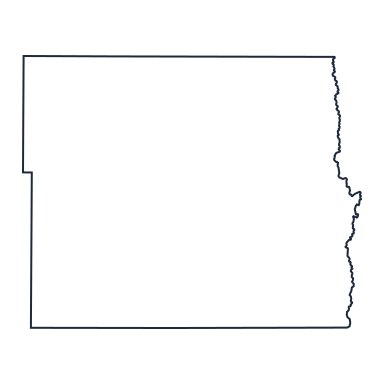 Cass, North Dakota, United States of America (Robinson projection)
{"feature_id": "52423323B23065259017698", "entity_name": "Cass", "entity_type": "district", "adm_level": 2, "iso_a3": "USA", "parent_name": "United States of America", "parent_adm1": "North Dakota", "projection": "robinson", "projection_center": [-96.825, 46.935], "detail": "fine", "context": "isolated", "style": "outline", "palette": "slate", "viewbox_px": 384, "rotation_deg": 0, "n_neighbors": 0, "source": "geoboundaries", "source_scale": "gbopen_adm2", "svg_char_len": 3767}
<svg xmlns="http://www.w3.org/2000/svg" viewBox="0 0 384 384"><path d="M30.9,327.8L166.0,328.0L174.7,328.0L256.2,327.8L263.3,327.8L347.1,327.6L349.6,326.3L349.8,324.7L350.2,323.7L350.2,322.5L349.8,319.2L347.6,317.3L346.8,315.2L347.0,312.0L348.6,310.3L349.1,308.9L348.7,307.7L348.8,306.9L348.9,306.6L350.4,306.2L350.8,305.5L350.7,304.6L352.0,303.2L352.1,302.4L351.8,302.0L351.1,301.8L350.8,300.5L351.1,299.7L351.2,298.4L350.8,296.3L349.7,295.2L349.6,294.9L351.4,290.8L351.6,289.2L351.9,287.4L353.6,286.3L353.8,284.3L353.6,283.6L353.0,283.1L352.0,281.8L353.0,280.0L353.1,278.3L351.9,277.3L351.7,275.9L351.9,274.9L352.3,274.1L352.3,272.9L350.9,271.3L350.9,270.5L351.4,269.4L351.9,269.2L352.3,268.7L351.6,267.9L351.5,267.1L352.0,266.7L352.0,266.4L351.8,265.9L350.5,264.8L350.3,263.9L350.7,262.6L350.4,262.0L349.3,261.6L349.1,261.4L349.1,260.6L349.6,259.3L349.5,258.4L348.9,257.5L348.2,256.9L347.8,256.5L347.5,255.7L347.9,248.5L347.7,248.1L345.9,247.4L345.5,246.9L345.7,246.4L346.3,246.0L346.7,245.1L346.5,243.9L346.4,243.2L347.1,242.0L349.4,239.6L350.2,239.8L350.8,239.6L351.0,239.0L350.1,237.6L350.2,237.2L351.6,236.8L352.3,236.0L352.4,235.3L352.1,234.7L352.2,234.1L352.4,233.8L353.4,233.6L353.8,233.2L353.8,232.5L353.5,231.8L353.7,230.9L354.3,229.9L354.3,229.4L353.9,229.0L353.2,228.7L352.8,228.2L352.9,226.8L353.1,226.2L353.2,225.6L353.1,225.0L352.5,224.1L352.5,223.2L353.3,222.1L353.8,219.6L353.8,218.1L353.4,217.7L353.1,216.6L353.4,216.3L355.1,216.7L356.7,217.5L357.2,217.4L357.7,216.5L358.1,214.7L357.8,214.2L357.2,214.2L356.5,214.5L355.9,214.2L354.8,209.4L355.8,205.9L357.0,204.4L358.0,205.1L358.7,205.2L359.4,203.2L359.3,201.9L359.7,199.9L361.0,199.3L360.9,198.7L360.5,198.3L360.4,198.1L360.2,197.5L360.3,196.8L360.9,196.0L360.1,195.3L360.0,194.8L360.0,194.4L360.6,193.2L360.6,192.6L360.1,192.0L359.5,191.8L355.3,193.7L353.5,194.9L352.4,196.1L351.7,196.0L351.1,194.6L349.8,194.3L349.6,194.1L349.4,193.5L349.4,192.2L350.0,190.7L349.4,187.6L349.0,186.9L347.2,186.8L346.6,186.3L346.8,183.8L346.5,183.2L346.4,181.1L346.9,179.6L346.7,178.9L345.9,178.1L345.4,178.1L342.9,179.0L339.4,177.4L338.6,176.5L338.5,175.8L339.2,173.2L339.3,173.0L338.4,167.3L337.6,165.9L337.7,164.6L338.1,163.8L338.1,162.9L337.1,162.0L336.6,162.2L335.1,161.0L334.2,159.9L334.1,159.5L334.1,158.9L334.4,158.4L334.9,156.1L334.6,155.8L335.9,153.3L337.0,152.6L339.5,151.8L340.0,151.1L339.8,150.5L338.8,149.5L338.7,148.9L338.8,148.3L339.7,147.7L339.8,147.1L339.7,146.1L339.1,145.3L339.0,144.4L339.7,141.9L339.5,139.3L338.3,138.0L337.7,136.3L337.8,135.5L338.5,135.2L338.8,134.9L338.6,134.2L338.0,133.5L337.8,131.4L337.9,130.9L338.8,130.3L339.0,130.0L338.7,128.9L339.5,128.1L339.6,126.7L339.2,126.3L339.0,125.6L339.6,123.9L339.1,122.9L339.2,122.2L339.8,121.3L339.8,119.3L339.3,118.6L339.3,118.0L339.9,116.5L340.0,115.7L339.7,115.2L338.7,114.6L338.3,114.1L338.5,113.1L339.0,112.2L338.8,111.3L336.6,109.4L336.5,108.8L336.9,108.2L337.3,107.9L337.6,107.2L337.7,106.2L336.5,105.2L336.1,104.3L336.5,102.9L336.5,102.1L336.2,100.6L335.1,99.6L334.8,98.9L335.7,97.5L335.7,96.7L335.3,96.3L335.3,95.8L335.2,95.7L336.4,94.3L338.3,93.3L338.4,93.0L338.3,92.7L337.6,92.1L337.5,91.7L337.7,91.1L338.4,90.4L338.5,89.4L337.7,88.5L337.7,86.8L337.4,86.1L335.8,84.9L335.8,84.4L335.9,83.9L336.8,82.6L336.9,82.0L336.8,81.5L336.3,80.9L335.6,80.6L335.2,80.2L334.8,79.4L334.8,79.0L335.3,77.9L335.3,77.5L334.6,76.6L333.3,76.0L332.8,75.4L332.6,74.7L332.6,74.0L333.0,73.3L334.7,72.1L334.9,71.6L334.5,70.9L333.9,70.5L333.8,70.1L334.4,69.2L334.5,68.7L334.4,68.1L333.4,66.6L333.7,65.2L333.6,64.4L332.7,64.0L332.4,63.2L332.6,62.7L333.7,62.0L333.7,61.7L333.1,60.8L333.0,59.6L333.5,58.7L334.5,58.2L334.7,57.7L334.7,57.1L334.4,56.9L114.2,56.4L23.6,56.0L23.0,172.4L31.8,172.5L30.9,327.8Z" fill="none" stroke="#1e293b" stroke-width="2"/></svg>